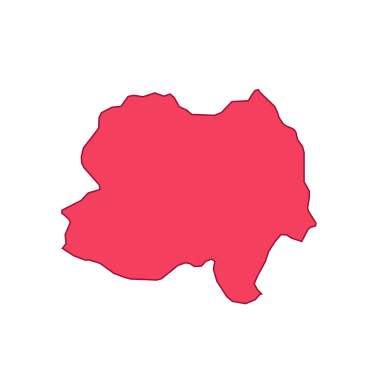 SVG path tracing the border of Angus, rotated 306°
{"feature_id": "GBR-2019", "entity_name": "Angus", "entity_type": "Unitary District", "adm_level": 1, "iso_a3": "GBR", "parent_name": "United Kingdom", "parent_adm1": "", "projection": "mercator", "projection_center": [-2.915, 56.726], "detail": "fine", "context": "isolated", "style": "filled", "palette": "rose", "viewbox_px": 384, "rotation_deg": 306, "n_neighbors": 0, "source": "natural_earth", "source_scale": "10m", "svg_char_len": 1341}
<svg xmlns="http://www.w3.org/2000/svg" viewBox="0 0 384 384"><g transform="rotate(306 192 192)"><path d="M313.8,185.7L312.6,188.2L309.8,208.5L306.7,214.2L303.3,218.8L300.7,225.7L300.7,229.3L302.3,235.6L302.5,238.3L301.0,241.5L296.5,246.5L293.8,254.5L289.9,259.4L266.1,276.7L261.7,286.3L256.5,290.1L246.8,295.0L244.5,298.5L239.7,310.6L237.3,311.8L235.5,310.6L233.5,308.8L230.3,307.8L216.4,309.8L215.7,307.2L213.2,299.7L212.9,293.7L209.9,289.0L200.3,288.3L188.8,289.0L178.4,292.3L162.5,294.3L154.3,296.3L151.4,302.4L150.4,308.2L149.2,307.1L142.1,306.4L133.2,301.0L127.3,289.0L127.7,282.2L134.3,264.8L142.1,254.7L149.2,251.3L149.2,247.3L144.0,243.9L137.7,243.2L133.2,237.8L132.9,232.5L131.0,228.4L124.3,223.7L119.1,222.4L111.4,220.3L104.0,218.3L99.9,215.0L93.2,204.8L85.5,193.4L83.2,187.3L80.3,176.5L80.3,168.4L80.3,159.6L76.6,148.7L74.0,145.4L71.0,133.8L70.2,120.2L76.2,120.5L82.9,114.5L96.0,111.4L97.6,108.5L98.5,99.0L100.8,97.5L120.2,107.4L130.0,108.5L139.8,116.0L143.2,112.8L148.2,90.4L150.6,85.8L155.4,81.8L163.8,78.3L188.8,79.0L197.6,73.1L202.9,72.2L213.5,77.4L219.5,84.2L231.8,84.2L236.0,88.1L240.2,96.4L250.3,103.7L253.0,113.0L258.4,116.7L257.9,122.2L253.6,131.5L255.1,140.0L254.6,146.2L267.1,165.0L273.5,169.1L288.6,171.2L298.9,183.9L306.1,183.3L311.2,183.3L313.8,185.7Z" fill="#f43f5e" stroke="#9f1239" stroke-width="1.5"/></g></svg>